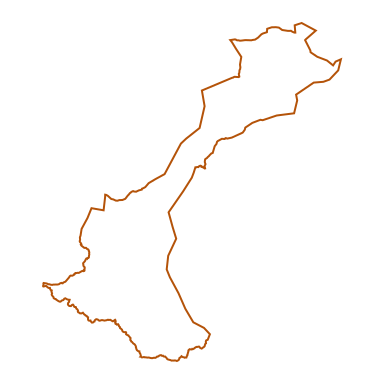 Sagsai, Bayan-Ölgiy, Mongolia (Mercator projection)
{"feature_id": "93677404B38379350296710", "entity_name": "Sagsai", "entity_type": "district", "adm_level": 2, "iso_a3": "MNG", "parent_name": "Mongolia", "parent_adm1": "Bayan-Ölgiy", "projection": "mercator", "projection_center": [88.996, 48.517], "detail": "fine", "context": "isolated", "style": "outline", "palette": "amber", "viewbox_px": 384, "rotation_deg": 0, "n_neighbors": 0, "source": "geoboundaries", "source_scale": "gbopen_adm2", "svg_char_len": 5862}
<svg xmlns="http://www.w3.org/2000/svg" viewBox="0 0 384 384"><path d="M191.8,177.7L193.7,172.7L195.4,167.3L196.3,167.4L197.0,167.0L198.4,167.1L199.1,166.2L200.3,165.7L200.8,165.8L201.5,166.2L201.5,166.9L202.3,167.0L202.7,167.3L203.5,167.1L203.9,167.9L204.7,168.5L205.1,168.4L204.6,166.1L204.7,165.6L205.3,164.7L205.5,164.1L204.9,162.5L204.8,161.7L205.0,159.9L205.3,159.1L207.1,157.9L207.7,157.1L208.9,156.1L209.6,155.2L211.4,153.4L212.7,153.0L214.7,146.2L216.5,143.9L217.0,141.9L217.7,141.1L221.9,138.8L224.5,139.0L225.3,138.6L225.5,138.1L226.0,138.1L227.2,138.6L231.8,137.6L242.3,132.8L242.8,132.5L244.8,129.7L245.3,127.6L252.3,122.9L260.4,119.8L262.7,120.2L276.7,115.5L294.1,113.3L297.2,100.4L296.1,94.6L313.7,82.6L323.4,81.8L329.5,79.6L338.2,70.4L340.9,59.3L335.6,61.6L333.1,65.4L327.0,60.5L317.3,56.8L310.6,52.3L310.3,50.3L305.1,40.1L305.7,39.4L315.8,30.6L301.6,23.0L294.7,25.3L295.3,32.6L294.4,32.6L292.7,31.9L291.3,31.1L291.0,30.8L288.1,30.9L282.2,30.0L278.9,27.6L275.9,27.2L271.7,27.3L267.2,28.8L266.9,32.2L262.9,33.5L261.4,34.3L258.1,37.6L255.1,39.6L252.4,40.0L251.4,40.3L245.3,40.1L241.4,40.6L239.9,40.7L238.5,40.3L237.1,40.3L236.5,40.1L235.7,39.5L234.7,39.4L230.3,40.1L231.9,42.1L236.0,48.8L241.3,56.9L240.0,64.5L240.2,66.4L240.4,67.0L240.4,67.3L240.3,67.5L240.2,68.5L240.2,68.9L239.5,70.2L239.4,71.9L239.3,72.8L238.8,73.9L239.0,75.3L239.3,76.2L239.3,76.7L238.7,77.1L234.6,76.8L234.3,76.9L233.4,77.3L233.1,77.6L232.1,77.8L201.9,90.5L204.6,106.2L199.6,128.0L186.2,138.6L180.9,143.6L164.6,174.1L155.3,179.2L148.6,183.2L147.8,184.2L145.3,187.1L143.3,188.2L142.0,188.7L141.8,189.6L138.8,190.4L136.1,191.7L133.9,191.5L133.1,191.1L131.4,191.9L130.6,192.7L129.9,193.1L128.6,194.8L127.9,195.4L125.3,198.8L122.4,200.0L119.3,200.1L117.6,200.7L115.8,200.6L113.3,199.4L111.3,199.0L110.1,197.9L107.8,195.8L106.2,194.9L105.2,194.7L105.1,197.1L103.6,210.3L91.5,208.2L87.5,218.0L81.6,228.9L80.5,235.8L80.1,236.7L79.9,237.5L80.1,239.9L79.7,241.1L79.9,241.9L80.6,242.7L81.5,244.4L81.5,244.5L80.9,244.7L81.1,245.2L81.6,245.8L83.7,247.4L84.3,247.9L86.1,247.9L87.1,249.0L88.2,249.4L88.8,250.4L88.7,250.8L89.1,251.5L89.3,252.7L89.1,253.3L89.3,254.4L88.9,256.2L88.9,257.2L88.8,257.5L88.3,258.0L87.9,257.9L87.3,258.2L87.2,258.5L87.0,258.3L86.5,258.4L85.8,259.3L85.1,260.9L84.4,261.8L83.2,263.1L83.1,263.8L83.4,264.7L83.4,265.6L83.8,266.5L84.5,267.0L84.7,267.4L84.7,268.0L84.6,268.8L84.0,269.7L84.5,269.9L84.5,270.6L84.3,270.9L83.4,271.2L82.5,271.0L81.9,271.1L78.8,272.9L77.6,272.8L76.3,273.1L75.4,273.0L75.0,273.8L74.3,274.0L74.2,274.7L73.6,274.9L72.7,275.6L72.2,275.7L70.6,275.6L69.7,276.3L69.1,277.4L65.4,281.7L63.4,282.5L62.7,283.3L62.1,283.3L61.6,282.9L60.3,283.2L59.0,284.2L57.7,284.5L53.2,284.6L52.2,284.9L50.7,284.7L49.6,284.3L48.2,284.2L46.8,283.5L43.6,283.0L43.4,283.4L43.5,284.7L43.1,285.9L43.1,286.2L43.2,286.4L43.5,286.5L46.1,285.9L47.0,286.6L47.3,287.1L47.7,287.4L48.9,288.0L49.9,287.9L50.2,289.1L50.6,289.9L51.7,290.4L51.4,291.0L51.4,291.4L51.7,291.9L51.7,292.5L52.1,293.3L51.7,294.4L51.7,294.7L52.1,295.5L53.5,297.1L53.7,298.2L54.5,298.7L55.3,299.0L55.7,299.0L56.0,299.5L58.6,301.2L59.9,301.7L60.6,301.6L61.8,300.5L63.2,300.1L63.7,299.6L64.3,298.7L65.3,298.3L67.2,299.4L68.4,299.7L69.6,299.8L68.9,302.2L68.3,302.7L68.1,303.1L67.9,304.2L68.2,305.0L69.3,306.0L70.9,306.1L71.2,305.9L71.6,305.2L72.8,304.6L73.0,304.6L73.3,304.9L74.3,306.8L74.7,307.0L75.7,307.0L75.9,307.1L76.0,307.5L76.1,308.1L76.3,308.6L77.3,309.3L78.0,310.5L77.8,311.3L78.2,312.3L78.9,312.6L79.4,312.7L79.9,313.3L80.6,313.4L81.5,313.4L82.9,312.7L84.3,314.5L85.1,314.9L85.6,315.6L86.6,315.8L87.0,316.6L88.1,317.3L88.0,318.8L88.1,319.7L88.5,320.4L89.2,320.7L90.5,320.5L90.8,321.4L91.9,322.6L93.0,322.5L93.8,321.7L94.5,321.5L94.7,320.5L94.9,320.2L96.2,319.2L97.7,319.5L99.1,320.6L99.8,320.7L101.6,320.1L102.3,320.1L104.5,320.6L106.6,320.2L108.0,319.7L108.7,320.0L110.3,319.8L112.5,321.2L112.8,321.3L113.1,321.2L115.1,319.8L115.4,320.2L115.3,320.6L115.6,321.0L115.6,321.6L115.4,321.9L115.6,322.0L115.5,322.5L115.3,322.6L115.2,322.9L115.4,323.2L115.6,323.9L116.3,324.0L116.8,324.6L117.7,324.3L118.1,324.7L118.3,324.5L118.7,325.1L119.1,326.4L119.9,327.0L120.1,328.2L121.0,328.7L122.0,329.7L122.3,330.7L122.6,331.3L123.2,331.8L124.2,332.2L125.8,332.1L126.2,332.8L126.1,334.3L127.2,335.0L128.4,335.4L128.6,335.9L129.7,337.0L130.1,337.8L130.5,338.0L130.5,338.8L130.3,339.7L130.3,340.0L131.0,340.7L131.2,341.5L132.0,341.9L133.1,343.3L133.7,343.8L134.4,344.1L135.2,345.1L135.9,346.4L135.9,347.5L136.2,347.9L136.3,348.8L136.9,350.1L137.6,350.7L138.9,351.5L139.2,351.5L139.1,351.8L139.2,351.7L139.6,352.3L139.8,353.2L140.1,353.5L140.4,354.1L140.9,356.1L140.6,356.5L140.9,356.5L140.9,356.8L141.3,357.0L141.6,357.3L142.8,357.3L144.0,357.0L144.6,357.3L145.6,357.3L147.4,357.6L148.8,357.5L150.6,358.0L152.1,358.2L154.1,357.7L155.1,357.9L156.4,357.3L156.7,356.9L157.2,356.5L157.7,356.6L158.3,356.4L159.4,355.5L161.0,355.1L161.9,355.8L163.0,355.7L163.3,356.2L164.1,356.6L165.1,356.5L165.7,357.2L166.3,357.6L167.1,358.9L167.6,359.3L168.5,359.6L170.5,360.1L171.5,360.6L173.2,360.5L174.0,360.6L174.8,360.4L175.9,360.6L176.9,361.0L178.6,360.1L179.4,358.4L179.5,357.9L180.5,357.4L181.5,356.2L182.4,356.9L183.2,357.2L184.1,357.3L184.6,357.7L185.2,357.5L186.4,357.5L186.8,356.2L187.4,355.4L187.3,354.7L187.8,353.8L187.8,353.2L188.3,351.8L188.3,350.9L188.6,350.7L188.6,350.1L189.6,349.2L191.2,349.5L191.8,349.4L192.1,349.0L192.3,349.2L192.8,349.2L194.5,348.3L194.7,347.9L196.4,346.9L196.7,347.0L197.5,346.9L198.6,346.6L199.4,346.7L199.7,347.4L200.3,348.0L201.7,348.6L202.1,348.3L203.3,347.3L204.0,346.9L204.6,346.3L204.7,345.7L205.1,344.4L205.4,343.7L206.0,343.3L205.8,341.7L206.0,340.8L206.3,340.3L207.7,339.8L209.9,334.2L204.0,327.9L193.3,322.3L185.3,308.7L178.5,293.2L169.9,277.3L166.7,269.4L168.2,255.8L176.2,238.7L172.6,226.9L168.6,212.3L183.1,191.4L191.8,177.7Z" fill="none" stroke="#b45309" stroke-width="2"/></svg>